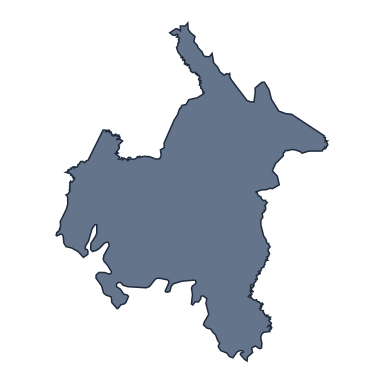 outline of Seka, Bueng Kan, Thailand
{"feature_id": "78962969B66355346971085", "entity_name": "Seka", "entity_type": "district", "adm_level": 2, "iso_a3": "THA", "parent_name": "Thailand", "parent_adm1": "Bueng Kan", "projection": "albers", "projection_center": [103.903, 18.0], "detail": "fine", "context": "isolated", "style": "filled", "palette": "slate", "viewbox_px": 384, "rotation_deg": 0, "n_neighbors": 0, "source": "geoboundaries", "source_scale": "gbopen_adm2", "svg_char_len": 5954}
<svg xmlns="http://www.w3.org/2000/svg" viewBox="0 0 384 384"><path d="M269.8,331.6L269.5,329.4L270.6,329.7L271.7,327.8L270.8,327.6L271.2,326.3L270.1,325.9L267.8,326.6L268.8,325.2L270.7,324.7L271.4,323.2L268.7,320.3L270.5,319.0L269.5,318.3L270.5,317.2L266.6,316.5L267.8,315.3L264.6,315.0L264.4,313.5L263.2,312.5L263.4,310.7L260.6,310.1L259.6,308.9L261.0,308.4L261.6,307.2L260.5,306.7L261.7,305.9L260.5,305.0L261.9,305.3L263.1,304.2L262.3,303.1L260.8,303.8L259.0,301.8L257.4,301.7L256.5,299.7L254.2,300.3L251.6,298.2L250.7,296.3L250.2,297.7L248.3,296.5L250.0,294.7L251.3,295.1L252.0,294.4L250.0,290.9L251.4,290.5L252.6,292.0L253.2,291.6L250.6,289.1L250.9,287.5L251.8,288.4L253.2,286.8L250.6,287.2L250.4,285.6L251.6,284.5L253.3,285.4L254.0,285.0L253.6,283.8L256.0,280.9L255.7,279.4L256.9,279.6L257.3,278.8L256.3,275.7L260.2,273.5L260.0,272.5L259.0,272.7L259.5,271.9L258.8,271.4L260.9,270.8L261.6,268.0L264.0,267.0L264.0,265.3L265.0,264.3L264.6,263.3L265.7,260.8L266.2,260.7L265.9,259.9L267.7,260.1L267.1,259.4L267.7,258.0L266.6,257.1L268.8,255.9L268.9,254.1L269.5,254.0L269.2,252.4L268.2,251.6L268.1,249.4L270.1,246.7L268.6,244.9L268.7,243.6L267.8,243.7L266.6,242.5L266.3,240.1L263.6,235.8L260.9,225.0L260.9,220.0L262.8,217.4L262.2,213.4L264.5,211.6L264.3,210.3L265.5,210.0L265.7,207.2L264.7,206.0L267.3,202.5L266.3,202.1L265.5,200.3L263.4,200.6L261.3,198.5L260.9,196.8L258.1,195.5L257.1,192.5L256.2,192.6L255.9,191.9L261.6,189.9L266.3,189.7L270.0,188.3L272.5,188.7L279.3,184.8L277.3,176.2L272.4,170.8L275.5,163.6L283.3,155.8L283.4,153.3L285.8,150.4L287.5,150.7L291.9,149.5L295.2,149.9L300.2,151.6L302.1,153.2L308.7,151.1L322.3,151.0L323.2,149.0L324.9,148.8L324.7,148.3L325.5,148.1L325.1,147.3L326.2,147.5L326.7,146.0L327.4,145.8L327.8,144.6L326.5,141.8L327.1,141.2L325.5,141.5L326.3,140.6L325.2,140.0L325.4,137.5L323.8,137.2L324.2,135.8L291.5,114.2L285.6,113.6L278.8,111.1L271.4,99.2L269.1,89.9L264.4,82.2L261.8,82.3L255.1,88.1L255.2,93.0L253.9,102.1L250.0,101.7L246.9,100.4L231.3,79.8L229.9,77.1L229.7,73.4L228.2,74.2L226.4,73.6L224.2,75.2L219.9,71.8L217.8,67.4L213.7,62.8L212.1,53.4L209.3,56.9L204.5,56.3L203.6,55.6L202.0,51.8L198.4,48.2L197.0,45.0L193.8,41.6L195.0,36.4L190.5,32.7L188.1,29.2L187.8,23.0L185.2,26.0L180.3,26.0L180.4,30.8L177.6,28.9L175.7,28.8L169.7,32.8L172.6,35.0L175.2,35.5L176.6,34.2L178.0,35.1L176.7,37.1L178.2,37.2L179.5,38.2L178.3,39.8L179.2,41.9L177.9,43.1L177.8,45.5L176.5,47.7L178.2,52.3L180.9,55.8L181.2,57.7L182.5,57.0L183.1,57.4L182.5,59.1L183.1,60.5L184.3,60.6L184.6,59.8L185.1,60.4L184.4,63.9L185.6,64.5L185.5,63.9L186.3,63.7L186.1,64.6L187.5,64.6L186.9,65.0L187.4,65.6L188.6,65.1L189.4,65.9L189.1,67.8L190.7,69.1L190.4,70.8L192.4,72.5L195.6,72.5L195.6,73.8L197.0,73.7L196.7,74.3L197.6,74.7L197.2,75.1L198.2,75.8L198.8,75.3L199.4,76.3L200.0,77.5L199.0,78.2L198.6,79.6L200.7,80.4L199.7,81.0L200.6,81.9L199.8,82.2L200.5,83.0L199.9,82.9L199.4,85.0L200.8,86.0L200.8,88.2L201.9,88.7L202.6,91.0L203.7,91.7L203.1,92.6L204.0,92.7L203.8,93.7L197.2,97.8L188.7,99.7L186.1,104.5L182.0,105.4L180.7,108.0L179.7,108.5L177.4,115.0L174.2,119.9L164.1,143.0L164.2,147.9L160.4,149.8L161.2,155.6L159.6,158.8L156.0,159.1L149.7,156.7L144.4,156.3L140.9,156.9L139.9,156.3L139.4,157.5L137.9,156.5L137.3,156.7L137.4,157.5L134.5,159.2L131.3,159.1L130.5,157.5L128.4,157.4L127.4,158.9L129.1,159.7L127.9,160.5L124.0,158.0L122.7,159.6L122.5,158.1L121.5,157.6L120.5,159.4L118.4,159.1L119.6,156.9L115.1,153.4L116.3,152.5L117.0,153.5L118.3,153.1L116.7,151.4L119.1,148.8L119.4,146.3L118.7,146.3L118.4,145.1L122.6,141.0L120.2,139.3L116.1,139.6L120.0,137.6L119.5,136.5L117.6,136.2L118.7,135.2L116.5,135.1L116.0,134.4L115.8,135.2L114.6,134.7L114.4,135.6L113.3,135.1L113.0,135.9L111.6,134.6L111.9,134.1L111.1,132.3L110.1,132.5L110.5,131.7L109.2,131.3L109.7,130.9L109.2,130.1L107.8,130.4L108.3,131.5L105.8,131.6L106.5,130.3L103.1,130.0L88.1,160.2L86.0,161.0L84.7,162.7L82.8,161.4L80.5,161.6L79.1,164.2L78.1,164.4L77.2,167.2L74.8,167.0L74.5,167.6L74.4,166.8L72.8,167.0L71.9,168.1L71.0,168.1L71.2,169.0L68.6,169.6L69.0,170.1L67.9,170.6L68.3,171.4L65.7,172.3L70.8,173.8L70.8,175.2L71.9,175.1L72.3,176.3L73.2,176.4L72.8,177.1L74.0,177.7L73.5,178.4L74.7,178.5L73.0,181.1L71.9,182.0L70.6,181.1L69.7,182.8L70.3,183.3L69.5,186.0L70.3,187.3L69.4,188.7L70.0,189.9L69.3,190.5L70.0,191.3L67.9,194.1L66.0,194.9L67.6,196.7L67.7,204.3L66.3,209.3L60.1,222.0L60.6,224.3L60.2,227.9L59.5,228.5L59.9,229.6L56.6,232.8L56.2,235.4L57.0,235.9L60.6,234.1L62.1,234.4L63.1,235.8L63.9,243.2L66.0,246.6L71.7,248.0L78.4,251.8L83.4,257.4L87.8,254.4L88.0,251.3L87.1,249.6L85.4,248.9L85.4,246.4L88.5,241.0L92.1,228.8L94.8,224.8L96.7,224.8L96.8,232.9L95.7,236.0L90.9,243.4L90.6,249.4L92.5,251.5L96.1,250.5L99.2,248.6L104.4,243.2L106.9,242.1L108.5,242.5L109.2,245.7L103.9,255.3L103.2,259.1L104.0,261.2L107.9,265.8L111.6,272.0L110.9,273.4L109.1,274.1L104.7,272.5L98.9,272.4L96.1,275.1L96.0,278.1L101.6,285.9L103.6,293.0L105.8,295.0L111.2,296.9L111.8,302.5L117.0,308.6L118.1,308.4L121.0,304.6L123.8,304.1L125.9,302.6L128.5,296.4L127.3,295.0L123.9,294.2L120.1,288.9L116.7,286.9L116.4,284.1L118.0,282.6L120.7,282.5L123.0,285.2L127.8,286.7L146.2,287.8L149.4,286.6L155.3,279.2L157.5,278.2L160.5,278.4L167.3,279.8L168.6,280.7L168.9,282.7L165.2,291.1L165.9,292.0L167.3,292.2L169.8,291.5L171.4,285.8L173.8,283.6L182.0,281.2L194.3,280.1L195.6,280.8L196.0,282.3L195.5,283.8L192.3,286.1L191.5,288.2L192.5,294.5L191.4,304.0L192.8,305.0L195.1,301.9L198.5,301.9L200.7,298.9L200.9,296.6L201.8,295.8L203.6,296.2L206.9,298.7L205.9,303.4L208.7,314.4L204.1,322.4L203.5,324.9L207.0,328.1L211.0,329.1L212.7,332.1L215.5,334.7L217.8,340.7L219.7,343.2L218.3,345.9L218.5,347.3L220.8,350.6L227.0,353.1L229.3,356.5L232.9,357.8L237.1,351.9L239.4,350.8L242.5,350.6L243.4,352.0L240.6,353.2L240.3,354.5L244.7,359.5L247.1,361.0L247.5,356.9L252.6,352.5L251.7,348.8L252.1,347.7L255.5,346.0L259.5,348.7L261.5,348.0L261.9,343.3L260.7,337.4L261.8,334.0L263.9,332.2L269.8,331.6Z" fill="#64748b" stroke="#1e293b" stroke-width="1.5"/></svg>